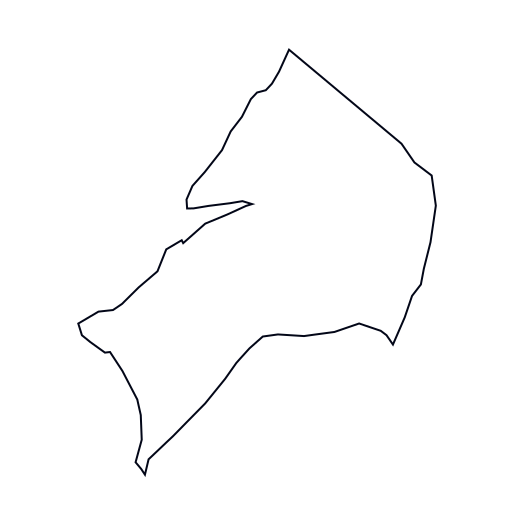 the district of Girga, Suhaj, Egypt, rotated 261°
{"feature_id": "37247803B10377703685184", "entity_name": "Girga", "entity_type": "district", "adm_level": 2, "iso_a3": "EGY", "parent_name": "Egypt", "parent_adm1": "Suhaj", "projection": "mercator", "projection_center": [31.887, 26.348], "detail": "fine", "context": "isolated", "style": "outline", "palette": "ink", "viewbox_px": 512, "rotation_deg": 261, "n_neighbors": 0, "source": "geoboundaries", "source_scale": "gbopen_adm2", "svg_char_len": 1111}
<svg xmlns="http://www.w3.org/2000/svg" viewBox="0 0 512 512"><g transform="rotate(261 256 256)"><path d="M454.6,320.9L434.5,307.6L423.7,298.7L418.2,291.6L417.3,282.6L411.8,275.5L395.7,263.9L383.0,250.5L365.9,239.0L346.9,218.5L335.2,204.2L322.6,196.2L313.7,195.4L312.8,201.7L312.9,217.0L312.2,238.6L312.3,251.2L307.9,260.2L307.0,253.9L301.5,234.2L295.9,210.9L280.1,186.1L283.2,185.1L276.6,168.4L256.3,156.3L243.4,135.3L231.9,119.3L230.2,117.0L230.0,116.7L229.8,116.5L226.3,109.1L225.0,106.3L225.7,91.7L217.1,69.9L206.8,71.4L205.9,71.5L204.9,71.7L196.9,78.9L184.2,91.7L184.0,96.8L163.3,106.1L153.4,109.4L132.8,116.3L127.8,116.6L116.9,117.3L106.7,116.1L92.4,114.4L71.1,104.8L63.6,109.3L57.4,112.1L72.0,118.1L86.1,138.6L91.0,145.8L102.8,161.7L118.3,182.7L139.5,206.3L153.5,219.9L157.1,224.3L165.8,235.1L175.4,250.1L175.1,265.4L169.4,290.9L169.2,301.2L168.7,321.6L173.2,347.3L167.9,357.4L162.6,367.5L157.4,372.5L147.1,377.4L172.1,393.3L192.2,403.9L202.1,414.4L217.2,419.8L242.3,430.5L277.6,441.5L297.9,441.9L308.0,442.1L323.6,427.1L344.1,417.3L454.6,320.9Z" fill="none" stroke="#020617" stroke-width="2"/></g></svg>